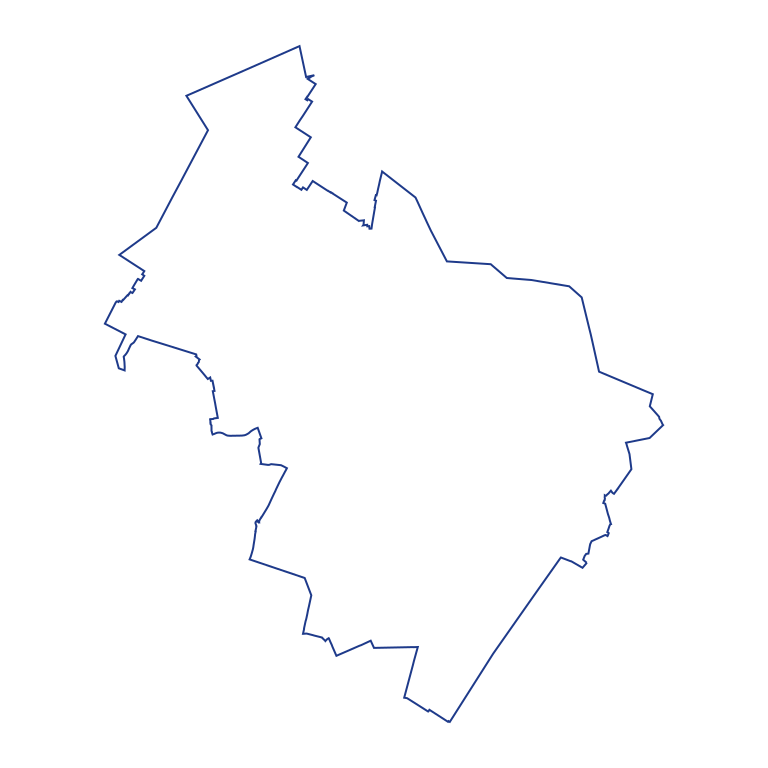 Midden-Drenthe, Drenthe, Netherlands
{"feature_id": "6326949B32039619343175", "entity_name": "Midden-Drenthe", "entity_type": "district", "adm_level": 2, "iso_a3": "NLD", "parent_name": "Netherlands", "parent_adm1": "Drenthe", "projection": "orthographic", "projection_center": [6.517, 52.871], "detail": "fine", "context": "isolated", "style": "outline", "palette": "blue", "viewbox_px": 768, "rotation_deg": 0, "n_neighbors": 0, "source": "geoboundaries", "source_scale": "gbopen_adm2", "svg_char_len": 5785}
<svg xmlns="http://www.w3.org/2000/svg" viewBox="0 0 768 768"><path d="M119.3,254.9L144.3,271.1L142.6,273.8L142.2,274.3L144.3,275.8L141.1,280.8L138.0,278.9L137.9,278.9L137.4,279.6L134.0,285.3L132.4,288.1L134.9,289.4L132.6,292.8L132.4,293.0L130.7,292.1L130.5,291.9L129.2,293.8L129.1,293.7L128.0,295.4L127.6,295.1L126.4,296.4L123.1,300.1L122.7,299.9L121.5,301.9L119.2,300.8L118.5,302.0L117.0,301.3L116.5,301.5L115.6,302.7L104.9,323.7L125.6,334.4L125.1,335.4L115.4,355.9L118.8,368.3L124.6,370.4L124.6,370.0L124.7,366.9L124.6,365.4L124.5,363.2L124.4,361.7L123.9,357.6L123.7,357.0L123.7,356.7L123.9,356.4L124.3,355.9L125.2,355.0L126.0,354.0L126.4,353.5L126.8,352.9L127.9,351.1L128.1,350.6L128.3,350.2L129.0,348.6L130.6,345.2L130.9,344.8L131.1,344.5L131.3,344.3L133.3,342.9L133.8,342.5L134.1,342.1L135.5,340.0L138.0,336.1L151.5,340.5L163.5,344.2L196.2,354.4L196.5,355.9L195.7,356.5L199.6,359.5L199.1,360.0L199.0,360.5L198.8,361.9L198.6,362.4L198.0,362.9L197.7,363.7L197.4,364.2L196.6,365.0L196.5,365.5L204.5,375.0L206.2,377.1L207.8,379.0L210.2,377.5L210.9,380.8L212.5,380.7L213.5,385.5L213.4,385.4L214.5,390.9L212.8,391.2L215.2,403.7L215.9,407.7L216.2,409.3L217.8,417.9L214.2,418.4L213.8,418.5L213.5,418.8L213.4,418.9L210.7,419.2L210.2,419.1L210.1,419.3L210.6,422.7L210.4,422.7L210.5,424.0L210.8,424.6L211.1,424.9L211.5,425.4L211.5,426.4L211.4,426.9L211.5,427.5L211.5,430.9L211.7,431.4L211.8,431.5L212.0,432.7L212.6,434.5L213.1,434.3L213.8,434.1L215.9,433.2L217.1,432.8L217.7,432.7L218.4,432.6L219.5,432.6L220.2,432.6L221.1,432.8L221.8,433.0L222.6,433.2L223.0,433.4L225.8,434.9L226.6,435.3L227.3,435.5L228.2,435.7L228.9,435.7L230.0,435.8L241.9,435.6L243.4,435.4L244.3,435.3L245.3,435.0L246.3,434.6L247.0,434.2L247.7,433.8L248.6,433.3L250.4,431.7L251.0,431.2L252.5,430.2L254.1,429.3L255.1,428.8L256.6,428.2L257.7,427.8L261.4,438.3L259.6,439.1L259.5,439.3L259.8,444.1L258.6,447.1L258.4,447.8L261.1,462.8L260.6,463.9L268.0,464.9L268.8,464.9L269.3,464.8L271.0,464.2L271.6,464.2L281.0,465.2L282.5,465.9L283.9,466.6L286.9,468.2L286.6,468.8L285.6,470.7L285.0,471.7L284.8,472.1L282.9,475.7L282.1,477.1L279.5,482.1L278.4,484.4L276.0,489.4L275.3,491.1L274.1,493.5L271.6,498.8L268.6,505.4L267.7,507.0L266.6,508.9L262.7,515.3L261.3,517.5L261.2,517.4L260.0,519.4L259.2,521.0L259.2,521.5L259.0,521.3L258.6,522.3L258.1,521.9L257.8,521.5L257.6,521.5L257.9,521.2L257.5,520.7L257.2,520.3L256.4,521.1L255.6,522.1L255.5,522.4L255.5,522.7L255.5,523.0L255.5,523.3L255.5,523.5L256.0,524.7L256.3,525.6L256.4,526.0L256.2,526.1L256.3,526.7L256.2,527.7L255.4,531.3L255.7,531.4L255.3,533.2L255.1,534.3L254.9,536.4L254.7,538.0L254.6,538.8L253.6,545.0L253.3,547.2L252.9,549.2L251.9,552.8L251.3,554.8L250.8,556.4L250.3,557.7L249.6,559.4L304.7,578.0L311.3,595.3L309.0,606.0L308.0,610.3L307.3,614.0L306.5,617.8L306.1,619.5L305.6,621.1L304.0,628.6L304.1,628.9L303.0,633.8L303.5,633.8L305.9,633.6L306.8,633.6L312.7,635.1L314.4,635.6L322.0,637.5L322.3,637.7L322.3,638.0L325.3,640.8L325.4,641.0L327.2,639.1L328.7,638.2L329.0,638.6L329.1,638.9L330.5,642.2L330.6,642.4L331.9,645.2L332.3,646.4L336.4,655.8L359.1,645.9L360.4,645.4L360.8,645.3L370.7,640.7L374.0,647.9L413.3,647.1L413.5,647.2L417.8,647.0L416.3,652.4L413.9,661.1L412.9,665.1L404.2,697.7L406.6,698.1L407.1,698.2L407.6,698.5L428.1,711.5L428.3,711.5L428.4,711.4L429.4,709.8L448.0,721.8L448.5,721.1L449.8,721.9L493.2,653.6L531.3,599.3L538.4,589.2L560.1,558.5L560.9,557.5L570.6,561.2L571.3,561.3L582.5,567.8L586.9,562.7L586.8,562.8L586.7,562.8L583.4,559.9L583.2,559.7L584.7,555.9L586.2,553.9L588.4,553.6L590.0,545.0L590.1,544.7L590.2,544.1L591.6,541.2L600.9,537.0L604.5,535.3L605.2,535.1L605.7,535.0L607.4,536.0L607.6,535.4L607.9,535.4L608.0,535.0L608.6,533.5L608.6,533.3L608.7,533.1L608.5,532.8L608.1,532.6L607.3,532.1L607.9,530.5L608.2,529.6L608.3,529.4L609.5,525.8L609.8,525.2L610.3,524.3L611.0,524.1L610.7,523.3L610.0,521.0L609.8,520.3L609.4,518.6L609.1,517.5L607.9,513.9L607.3,511.6L605.2,503.7L603.3,503.0L604.2,500.5L604.3,500.5L604.6,500.4L604.9,498.7L604.9,498.4L604.7,497.8L604.8,495.5L604.8,495.4L605.1,495.6L606.3,495.6L606.4,495.4L606.5,495.2L607.8,494.0L608.3,493.7L608.7,493.2L610.9,490.7L611.1,491.0L611.4,491.3L612.0,492.2L612.5,492.8L613.0,493.2L614.0,493.8L617.3,489.4L617.2,489.4L620.9,484.2L631.4,469.2L629.5,454.1L626.9,445.6L626.5,444.1L626.0,442.7L649.6,438.0L663.1,425.1L662.9,424.9L662.4,424.0L661.0,420.9L660.3,419.9L659.9,419.4L659.5,418.8L659.4,418.4L659.3,418.0L659.1,416.8L657.2,414.6L649.8,406.3L652.8,394.2L643.9,390.5L630.1,384.7L599.1,371.7L598.9,371.0L598.0,366.9L592.4,341.7L590.7,334.2L589.0,327.4L581.7,297.4L569.2,286.3L531.3,280.0L514.0,278.6L506.8,278.0L492.1,265.4L490.9,264.3L490.7,264.2L446.9,261.4L438.4,245.1L430.9,230.7L426.6,221.6L425.7,219.6L422.8,213.4L417.4,201.5L415.5,197.5L382.1,171.5L381.9,172.5L379.8,181.1L379.1,184.5L379.0,184.9L378.1,188.8L377.2,193.1L376.8,194.4L376.6,195.2L376.1,195.0L375.9,195.0L374.5,200.1L376.0,200.7L374.7,207.3L375.0,207.4L374.4,210.6L373.4,216.5L372.1,224.1L371.5,228.6L369.5,228.7L369.2,226.1L367.3,226.3L367.2,224.8L363.1,225.4L363.5,224.8L363.6,224.5L363.6,224.2L363.9,220.3L363.3,220.4L359.2,220.8L358.9,221.0L343.8,210.6L346.8,202.6L332.3,193.3L332.4,193.2L330.8,192.2L330.6,192.5L328.2,190.9L328.1,191.0L327.9,190.9L312.7,181.0L306.8,189.9L303.0,187.4L301.4,189.8L296.9,186.9L296.8,187.0L293.0,184.5L295.8,180.2L296.5,180.6L297.1,179.6L306.5,165.2L307.9,163.0L298.5,156.8L310.8,137.3L295.4,127.3L299.8,120.4L300.9,118.8L303.0,115.7L312.1,101.6L308.1,99.1L307.3,100.3L305.5,99.2L307.2,96.7L307.4,96.8L308.5,95.1L315.7,84.1L311.2,81.2L307.7,78.9L308.2,78.6L310.7,77.1L311.3,76.4L312.5,76.1L313.6,75.6L314.3,75.2L306.1,77.0L299.5,46.1L242.8,71.1L186.4,95.8L208.0,130.2L182.3,178.7L182.0,179.3L172.5,197.0L156.3,227.8L119.3,254.9Z" fill="none" stroke="#1e3a8a" stroke-width="2"/></svg>